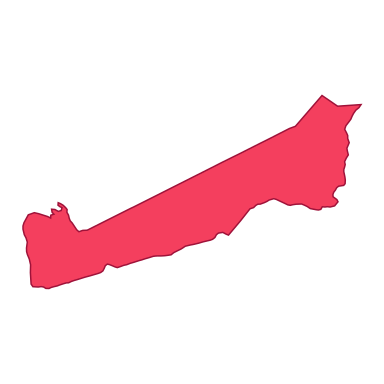 São Bento, Maranhão, Brazil (orthographic projection)
{"feature_id": "56859067B97105497682908", "entity_name": "São Bento", "entity_type": "district", "adm_level": 2, "iso_a3": "BRA", "parent_name": "Brazil", "parent_adm1": "Maranhão", "projection": "orthographic", "projection_center": [-45.016, -2.785], "detail": "fine", "context": "isolated", "style": "filled", "palette": "rose", "viewbox_px": 384, "rotation_deg": 0, "n_neighbors": 0, "source": "geoboundaries", "source_scale": "gbopen_adm2", "svg_char_len": 2370}
<svg xmlns="http://www.w3.org/2000/svg" viewBox="0 0 384 384"><path d="M361.0,104.6L337.6,106.2L322.0,95.5L295.4,126.3L289.4,128.5L285.9,130.3L279.8,133.4L271.0,137.9L260.2,143.3L238.0,154.5L232.5,157.2L222.0,162.4L209.8,168.6L175.9,185.7L154.7,196.4L133.6,207.0L130.8,208.3L87.2,230.2L82.7,230.4L78.9,231.7L76.7,229.8L72.2,223.0L70.2,220.8L69.2,218.2L68.5,215.1L66.9,212.3L67.1,209.5L65.6,207.6L63.2,205.3L60.6,203.7L58.2,202.7L58.0,205.2L59.9,206.7L62.0,207.6L61.2,210.5L58.3,211.4L54.9,209.5L51.6,209.2L52.1,212.3L53.9,214.2L50.8,215.2L50.6,218.0L47.5,216.5L38.7,213.7L34.3,212.7L30.6,214.0L28.3,214.8L24.0,222.7L23.0,226.0L23.0,229.2L24.3,234.7L26.0,237.9L27.3,242.1L26.5,248.0L26.6,251.6L27.4,254.5L29.3,259.1L30.6,264.8L30.4,272.6L31.1,284.1L32.9,286.7L38.3,287.0L41.1,286.6L43.6,287.0L45.8,288.4L49.0,288.5L51.3,287.4L54.2,286.6L57.3,285.9L59.3,285.1L62.9,283.9L66.3,282.9L68.6,282.8L71.5,281.4L74.4,280.4L76.9,279.7L79.8,278.8L82.6,277.9L85.2,277.1L90.1,275.8L95.9,274.1L98.3,273.4L100.7,272.5L102.9,270.9L104.2,268.4L105.3,265.7L107.3,264.1L109.5,264.6L112.0,265.6L115.0,266.9L117.3,267.6L120.3,266.6L123.8,265.3L126.7,264.7L130.3,263.3L133.8,262.3L136.6,261.4L139.1,260.6L141.7,259.9L145.0,258.8L149.5,257.5L153.3,256.3L155.8,256.0L158.2,255.9L161.3,255.9L164.9,255.7L167.9,255.3L171.1,254.8L173.8,252.6L178.2,250.4L180.9,249.1L183.1,247.7L185.3,246.2L190.3,245.0L193.0,244.5L195.2,244.0L198.9,243.1L202.9,241.9L207.1,240.9L210.2,240.2L212.6,239.3L214.9,237.5L216.4,234.7L218.4,233.1L222.8,232.4L226.2,234.2L228.5,235.1L240.6,220.7L250.0,208.8L253.6,207.6L255.8,205.4L257.8,204.2L260.3,204.1L264.2,202.7L266.8,201.5L269.2,200.0L273.8,198.7L276.3,199.4L281.6,201.9L284.6,203.3L287.9,204.9L290.3,205.3L292.8,204.7L296.2,204.2L301.6,204.0L304.7,205.3L307.2,206.5L310.3,208.6L316.1,209.7L318.4,210.0L320.8,209.4L322.3,206.8L324.9,207.0L327.3,206.7L330.2,207.0L334.6,205.9L338.0,201.8L336.9,199.6L333.1,196.8L332.9,194.6L333.7,192.3L335.4,190.1L336.7,187.7L338.6,186.2L343.7,185.4L345.1,183.7L345.3,180.1L344.9,177.0L344.4,174.5L343.8,171.8L343.8,169.5L344.5,167.4L345.2,164.6L344.6,161.7L346.3,158.1L348.3,154.9L347.3,150.7L346.9,148.2L348.0,145.6L349.2,142.7L347.7,138.5L347.7,135.5L346.7,133.2L344.7,129.3L345.9,125.7L348.7,122.1L350.9,119.1L352.0,116.4L353.5,113.5L355.8,110.2L358.9,107.7L361.0,104.6Z" fill="#f43f5e" stroke="#9f1239" stroke-width="1.5"/></svg>